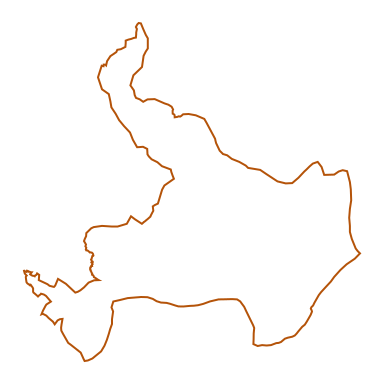 Ifelodun, Kwara, Nigeria (Mercator projection)
{"feature_id": "59680162B15317000449503", "entity_name": "Ifelodun", "entity_type": "district", "adm_level": 2, "iso_a3": "NGA", "parent_name": "Nigeria", "parent_adm1": "Kwara", "projection": "mercator", "projection_center": [4.887, 8.634], "detail": "fine", "context": "isolated", "style": "outline", "palette": "amber", "viewbox_px": 384, "rotation_deg": 0, "n_neighbors": 0, "source": "geoboundaries", "source_scale": "gbopen_adm2", "svg_char_len": 4846}
<svg xmlns="http://www.w3.org/2000/svg" viewBox="0 0 384 384"><path d="M84.6,361.0L87.8,360.5L92.4,358.5L95.8,355.7L101.1,351.4L104.5,345.7L106.9,339.8L108.8,333.9L110.2,329.0L112.0,324.0L112.0,319.2L113.1,311.4L111.5,307.4L113.3,301.5L120.0,300.0L127.7,298.1L132.5,297.7L137.4,297.3L138.8,297.2L141.0,297.0L144.6,297.1L147.5,297.2L152.8,298.9L156.6,301.2L161.1,302.6L161.9,302.6L166.6,302.9L170.1,303.8L175.3,305.5L178.4,306.4L183.2,306.5L184.4,306.4L189.8,305.9L194.0,305.7L198.1,305.2L203.2,303.9L210.1,301.4L217.3,299.7L218.5,299.4L224.3,299.3L232.2,299.1L237.1,299.4L240.2,301.4L241.8,303.6L244.1,306.7L244.9,308.3L245.9,310.5L248.3,315.4L250.3,319.5L253.2,325.4L254.2,328.0L253.7,333.4L253.6,339.3L253.4,344.1L257.7,346.0L262.1,345.1L266.6,345.5L271.0,345.1L276.3,343.1L278.6,342.9L281.0,342.0L284.9,338.7L287.8,337.7L292.3,336.7L294.8,335.5L296.7,333.5L298.4,331.3L302.2,326.8L304.8,324.7L306.8,321.6L310.6,315.0L312.0,311.6L311.6,310.2L310.8,308.7L311.3,307.3L313.1,305.5L314.4,302.8L318.8,295.1L321.1,292.1L325.7,287.1L330.9,281.5L334.2,276.9L340.4,270.0L346.6,264.3L354.8,258.7L360.0,253.4L357.7,251.1L355.7,248.5L351.8,238.9L349.9,232.0L349.9,226.0L349.8,224.7L349.2,217.8L349.9,208.8L351.2,200.3L350.8,189.3L349.9,182.1L347.1,171.2L342.7,170.2L338.7,171.5L334.2,174.6L324.2,174.9L321.6,167.0L317.7,161.9L315.9,162.5L312.8,163.6L309.5,166.5L306.6,169.4L304.3,171.5L298.4,177.8L292.2,183.1L285.7,183.4L277.5,181.4L266.4,174.1L260.2,169.9L248.1,167.9L245.8,165.6L239.3,161.9L231.8,158.9L227.2,155.3L222.9,154.0L222.7,153.7L219.7,150.7L216.1,143.1L215.5,140.8L215.1,138.8L206.6,122.9L204.3,118.9L195.8,115.3L188.6,114.0L183.1,114.3L181.3,115.9L180.1,116.6L178.8,116.3L177.3,116.9L174.7,117.3L174.7,117.1L174.7,116.8L174.7,116.6L174.6,116.2L174.6,115.9L174.6,115.1L173.8,114.2L172.7,113.7L172.6,110.7L173.1,109.5L171.6,106.7L168.4,104.7L164.5,103.4L160.4,101.6L154.7,99.1L147.5,99.4L143.2,101.8L139.7,99.3L136.0,97.9L134.7,95.1L133.9,90.4L130.4,85.4L133.4,75.3L142.0,67.0L143.6,55.8L145.8,51.5L147.8,48.5L147.8,44.5L147.8,38.3L145.8,34.9L143.2,29.0L140.9,23.4L138.7,23.0L137.3,24.4L135.9,27.0L136.9,29.0L136.2,32.6L136.2,34.3L135.9,37.6L133.9,37.9L131.3,38.9L128.4,39.6L125.7,40.6L125.7,43.2L125.4,46.9L120.8,49.2L117.3,49.8L116.3,52.1L110.4,56.1L107.1,61.1L106.1,65.4L105.4,64.7L103.7,64.6L103.5,66.2L101.7,65.7L98.0,77.3L102.0,89.3L108.8,94.1L110.4,101.4L110.9,104.4L111.4,107.4L115.6,113.7L116.8,115.9L119.2,120.3L120.0,121.2L124.1,126.2L130.0,132.5L132.9,139.8L137.1,147.2L139.2,147.1L143.0,146.8L147.2,148.9L147.5,154.4L148.9,156.5L151.6,159.3L157.4,162.2L162.0,166.2L170.8,169.5L171.3,171.9L172.2,174.4L172.5,175.3L173.9,178.8L164.4,185.5L162.1,189.7L157.9,203.6L154.9,205.0L152.8,206.4L153.3,210.8L152.3,212.6L150.6,215.9L150.5,216.2L150.5,216.5L150.3,216.7L150.1,216.9L149.4,217.5L147.4,219.3L146.3,220.1L145.6,220.8L144.4,221.7L144.1,221.9L143.7,222.1L143.6,222.3L143.2,222.7L141.9,223.8L135.1,219.4L131.0,216.3L126.8,223.8L117.7,226.5L111.3,226.5L102.0,225.9L93.7,227.1L91.2,228.3L86.3,233.1L86.1,236.2L84.8,238.9L84.0,241.1L86.0,244.5L85.4,246.3L86.3,247.7L85.8,249.5L86.3,250.4L87.4,250.4L88.5,251.2L89.9,252.5L90.4,252.3L92.0,252.7L92.9,253.7L93.4,255.6L93.0,256.0L92.4,256.0L92.0,257.2L91.7,258.3L91.5,259.3L91.1,259.5L91.6,260.8L92.7,261.6L92.7,262.4L92.3,262.7L91.6,262.2L91.4,262.5L92.1,263.2L92.6,264.1L91.9,264.8L92.1,266.0L91.1,266.1L90.9,267.2L90.3,267.4L90.1,268.3L90.5,269.3L90.2,269.6L90.7,270.9L91.1,271.1L91.5,272.7L92.2,273.4L92.0,274.7L93.1,275.2L93.7,276.1L93.9,277.1L95.2,277.8L96.2,278.5L97.8,279.6L98.7,280.1L94.1,280.3L88.6,282.6L84.0,287.4L80.4,290.3L77.8,291.8L75.3,292.6L65.9,283.8L58.0,278.9L55.2,285.6L54.0,286.9L53.4,286.8L49.5,285.8L47.5,284.2L38.8,280.1L39.2,274.9L37.1,273.4L36.4,274.8L35.3,275.5L35.2,275.5L34.8,276.2L34.7,276.1L34.4,276.0L33.9,275.9L33.3,275.9L32.9,275.8L32.6,275.7L31.8,275.4L31.4,275.2L31.0,274.9L30.7,274.6L30.1,274.3L30.2,274.0L30.4,273.8L30.7,273.6L31.2,273.0L31.7,272.3L31.2,272.3L30.5,272.1L29.1,271.6L28.8,271.6L28.6,271.7L28.0,271.0L27.0,270.7L26.6,271.9L25.8,271.6L25.5,271.5L25.4,271.5L24.9,271.3L24.9,271.2L24.2,270.7L24.0,270.8L24.6,272.9L24.8,273.5L25.2,274.0L25.7,274.6L26.2,275.0L26.4,275.3L26.7,275.6L26.2,276.1L25.9,276.6L25.8,277.1L26.1,279.7L26.4,281.4L26.4,281.9L26.8,282.7L27.6,283.6L27.9,283.8L29.2,284.5L30.0,284.8L30.5,285.0L30.2,285.4L30.9,285.6L31.0,285.3L32.3,287.0L33.1,288.4L33.1,289.4L33.1,291.6L33.3,292.3L33.5,292.6L34.4,293.3L35.7,294.4L37.6,296.1L38.0,296.5L39.0,295.5L39.9,294.8L40.3,294.6L40.6,294.3L41.0,293.7L43.8,294.5L46.0,295.9L50.9,301.6L46.4,304.5L45.6,305.7L43.0,310.6L41.5,314.3L42.8,313.8L46.3,315.6L48.7,318.1L52.9,321.6L54.7,324.3L57.6,320.4L59.9,319.2L62.5,318.9L61.5,324.7L61.1,327.7L61.3,330.6L63.0,333.8L68.2,342.9L70.7,344.7L80.7,352.6L82.8,357.2L83.4,358.6L84.6,361.0Z" fill="none" stroke="#b45309" stroke-width="2"/></svg>